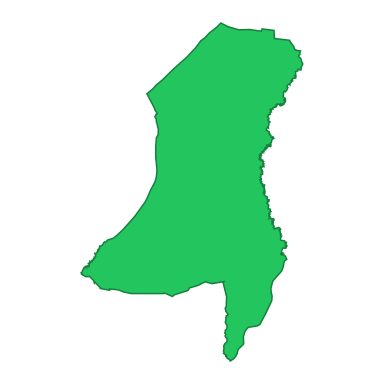 San Martín, Corrientes, Argentina
{"feature_id": "61730980B32526789553525", "entity_name": "San Martín", "entity_type": "district", "adm_level": 2, "iso_a3": "ARG", "parent_name": "Argentina", "parent_adm1": "Corrientes", "projection": "natural_earth1", "projection_center": [-56.886, -28.867], "detail": "fine", "context": "isolated", "style": "filled", "palette": "green", "viewbox_px": 384, "rotation_deg": 0, "n_neighbors": 0, "source": "geoboundaries", "source_scale": "gbopen_adm2", "svg_char_len": 6005}
<svg xmlns="http://www.w3.org/2000/svg" viewBox="0 0 384 384"><path d="M220.9,23.0L216.7,27.2L209.2,33.1L205.1,37.6L200.8,40.8L196.0,47.3L186.9,57.1L173.8,68.7L162.5,79.8L156.0,85.2L153.0,88.7L146.9,93.8L154.5,108.2L155.2,110.4L157.1,113.2L156.8,114.0L155.8,114.5L155.8,115.3L154.9,116.5L155.4,118.0L156.2,118.7L156.5,122.6L157.2,123.9L157.3,125.7L158.3,128.7L158.2,134.6L156.4,137.6L155.7,146.9L155.7,157.3L157.0,170.0L156.4,176.7L155.1,181.6L150.2,190.9L147.3,197.8L144.8,202.5L134.9,216.2L123.1,229.5L117.2,235.1L113.2,238.3L107.8,239.9L105.3,242.3L104.8,241.9L103.6,242.8L103.4,242.4L103.4,243.5L102.8,244.7L100.5,246.3L99.8,246.0L99.3,247.4L99.5,248.6L98.2,249.3L98.0,249.7L98.6,249.9L98.5,250.3L97.7,250.3L97.9,251.7L97.0,252.1L96.2,253.6L95.5,253.4L95.5,254.1L95.0,253.8L95.7,256.4L94.9,257.2L94.2,257.2L94.5,257.9L93.4,258.7L93.7,259.8L91.9,260.3L91.6,260.7L92.1,261.4L91.9,261.7L91.0,261.4L90.7,262.0L89.9,261.5L90.2,262.8L89.1,262.9L88.3,263.7L89.2,264.2L89.2,266.1L88.6,266.2L88.6,266.8L87.5,266.5L87.5,265.8L85.3,266.5L84.8,267.2L85.6,267.7L84.0,267.7L81.7,272.5L81.2,272.6L81.5,274.1L82.1,273.9L82.4,274.8L85.9,276.7L89.6,276.5L93.8,280.8L94.4,283.2L95.1,282.3L100.6,288.2L100.4,288.5L109.6,290.3L109.5,288.9L118.4,289.9L123.6,292.0L131.6,293.6L163.6,293.6L163.6,293.2L165.0,293.2L172.4,296.5L174.4,294.8L188.0,290.5L189.6,287.9L198.3,285.3L205.7,281.5L206.4,282.2L212.0,283.6L224.0,281.6L223.2,283.0L226.6,296.7L226.2,307.4L225.6,307.4L225.2,308.4L225.9,311.5L228.0,314.3L227.5,315.5L226.3,315.7L226.3,316.8L225.8,317.2L226.1,318.3L225.3,322.4L227.1,326.0L227.1,327.1L226.3,329.5L225.2,330.2L225.3,331.8L224.7,333.0L225.9,334.3L225.1,335.8L225.8,337.5L226.9,338.4L227.1,341.6L225.0,343.5L223.7,345.8L224.0,348.2L223.5,351.2L224.1,352.8L223.5,353.4L225.4,354.8L225.7,356.2L226.5,355.6L226.8,357.7L227.8,358.7L229.6,359.5L230.2,361.0L233.3,359.1L235.6,356.6L237.1,353.7L238.1,349.5L243.3,344.4L243.7,343.6L243.4,337.1L244.5,332.6L245.9,330.0L247.9,327.8L249.2,327.2L257.4,325.9L259.8,324.6L265.5,314.0L271.8,300.6L272.1,296.0L271.2,292.3L270.9,288.3L272.8,281.0L281.6,271.1L283.4,266.3L284.0,262.3L284.6,260.9L286.8,259.3L285.3,256.0L284.6,255.8L284.2,255.0L282.7,254.7L281.4,255.0L280.7,254.2L281.2,253.3L282.7,253.7L283.4,253.2L281.5,252.4L281.9,249.9L282.7,248.1L285.9,248.2L286.2,247.4L285.4,246.3L286.8,246.2L287.0,245.7L285.2,243.9L285.2,243.4L286.2,243.3L286.4,242.4L285.4,242.7L284.7,240.9L280.8,240.3L280.5,239.9L280.6,238.0L281.6,236.1L280.5,235.9L281.2,234.1L280.3,234.0L280.2,231.6L279.2,231.0L279.2,230.5L279.3,229.9L280.4,229.9L280.7,229.4L280.3,229.0L279.4,229.4L280.0,228.7L279.9,228.1L278.3,227.5L277.0,227.9L276.8,228.6L276.0,228.2L274.2,229.0L274.2,227.9L273.5,227.7L273.3,227.1L274.2,226.2L273.0,224.9L273.1,223.7L272.5,224.1L272.0,223.9L272.0,223.3L272.6,222.3L273.1,223.1L273.4,222.8L273.2,220.4L274.0,220.0L274.0,219.2L273.7,219.1L273.3,220.0L273.0,218.7L272.5,218.8L271.9,220.1L271.8,219.0L270.8,218.0L268.9,218.6L270.0,216.5L268.9,216.2L268.8,215.8L270.1,214.2L268.9,214.0L268.9,213.2L270.9,211.7L270.2,211.2L270.4,209.8L269.9,208.9L268.2,209.0L268.2,207.6L268.8,205.5L268.1,204.2L267.1,203.8L266.9,203.0L267.6,202.5L267.3,201.8L267.7,201.1L267.9,202.0L269.0,201.2L269.1,199.8L267.2,199.3L267.0,198.9L267.3,197.0L266.6,196.5L265.9,196.7L264.2,194.7L264.5,194.0L264.2,193.5L265.0,193.1L264.7,192.4L265.0,191.7L264.5,191.5L263.6,192.2L264.2,190.4L264.9,190.0L264.2,189.3L264.3,187.4L263.8,187.3L264.2,186.8L263.8,185.6L264.6,185.5L264.6,185.0L264.1,184.7L263.2,186.2L262.6,186.3L262.5,183.8L261.0,183.5L260.8,182.7L261.8,181.8L261.2,181.0L260.4,181.0L259.9,180.0L260.2,179.4L260.9,180.2L261.3,179.6L261.4,178.4L260.2,177.4L261.0,176.0L260.7,174.6L262.4,174.4L262.7,173.7L262.5,172.7L261.9,172.7L262.6,171.5L261.5,170.8L262.2,170.2L261.1,168.7L260.2,168.5L260.2,167.7L260.6,166.9L260.9,167.7L262.0,167.3L262.4,166.4L264.0,166.7L263.8,165.5L263.1,164.9L263.9,164.0L262.8,163.8L262.8,163.5L263.7,161.6L262.5,161.2L262.8,160.2L261.4,159.7L261.0,159.8L261.2,160.4L260.4,160.3L260.8,158.9L259.5,159.5L259.1,158.8L259.4,157.7L260.2,157.5L259.7,156.3L260.7,156.4L259.7,154.9L261.3,155.1L260.8,154.0L261.1,154.1L261.7,153.0L262.8,152.8L261.7,152.4L261.7,151.9L262.5,152.2L263.1,151.3L264.1,151.1L263.8,150.1L265.1,149.8L264.7,149.3L264.9,147.9L265.9,148.1L265.7,149.1L266.8,148.4L267.0,147.9L266.4,147.3L267.8,146.8L267.1,146.3L266.1,146.7L267.5,145.4L267.0,145.1L269.4,144.3L269.4,145.2L268.8,145.6L268.2,145.2L268.1,146.0L270.3,146.7L271.0,145.8L270.7,143.0L271.4,142.4L271.8,140.0L272.6,139.0L273.9,138.4L273.3,137.3L272.7,137.6L272.7,136.8L271.7,137.4L271.1,137.1L270.9,135.2L269.5,134.6L269.4,133.8L269.8,133.5L269.7,133.1L268.7,132.6L269.1,131.7L266.3,130.2L266.7,129.5L266.5,128.4L267.5,127.6L268.5,128.1L268.3,126.1L268.8,125.0L268.7,123.8L269.3,122.5L270.0,122.1L269.8,121.5L268.1,120.9L268.1,119.6L268.6,119.5L269.0,118.4L267.5,116.5L268.5,115.7L268.1,114.8L268.3,114.6L270.3,114.4L269.9,112.8L270.4,112.1L271.3,112.0L270.0,109.5L271.2,109.0L271.8,109.8L272.3,108.9L273.1,108.9L273.1,107.7L275.6,107.1L275.2,106.4L275.7,106.1L276.2,106.6L276.7,105.9L276.2,104.8L276.4,104.4L277.2,104.8L277.5,103.9L279.5,104.4L279.7,105.4L280.1,105.3L279.9,104.7L280.5,103.6L281.3,104.2L280.4,104.4L281.0,105.1L281.6,104.3L282.3,104.4L281.8,105.4L284.4,104.0L283.1,104.1L283.0,103.6L283.5,102.9L284.6,103.0L285.6,100.8L285.0,100.3L284.3,100.7L283.7,99.8L285.6,99.0L285.3,98.4L283.3,97.3L283.6,92.0L284.2,91.3L285.3,91.9L286.8,90.2L287.8,87.6L287.3,87.4L287.0,85.6L288.7,84.2L290.0,85.0L289.9,83.6L291.4,82.1L291.1,80.9L292.6,81.1L292.6,80.2L291.9,79.8L292.5,78.6L295.7,78.0L295.5,77.2L296.1,76.3L294.9,75.6L295.7,75.1L295.6,71.7L297.7,71.0L297.9,69.3L300.8,70.0L301.3,68.6L301.1,67.7L302.8,64.0L301.3,60.8L300.9,58.6L298.5,56.4L298.8,55.4L299.9,54.7L299.9,52.2L300.5,50.9L296.1,50.4L296.0,49.9L294.9,49.6L293.6,46.3L289.8,41.1L289.7,40.3L274.5,38.5L274.0,30.4L262.1,28.9L261.4,31.2L249.3,29.5L238.8,29.8L228.0,26.7L220.9,23.0Z" fill="#22c55e" stroke="#15803d" stroke-width="1.5"/></svg>